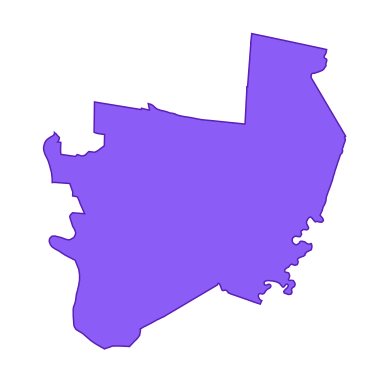 outline of C.A. Rosetti, Buzau, Romania, rotated 273°
{"feature_id": "2599482B61435890131280", "entity_name": "C.A. Rosetti", "entity_type": "district", "adm_level": 2, "iso_a3": "ROU", "parent_name": "Romania", "parent_adm1": "Buzau", "projection": "equal_earth", "projection_center": [27.145, 45.049], "detail": "fine", "context": "isolated", "style": "filled", "palette": "violet", "viewbox_px": 384, "rotation_deg": 273, "n_neighbors": 0, "source": "geoboundaries", "source_scale": "gbopen_adm2", "svg_char_len": 5940}
<svg xmlns="http://www.w3.org/2000/svg" viewBox="0 0 384 384"><g transform="rotate(273 192 192)"><path d="M255.8,342.5L312.9,304.7L313.2,304.9L315.3,305.0L316.1,305.2L316.6,305.9L316.9,306.4L317.0,308.1L317.3,308.8L317.5,309.1L318.1,310.9L318.9,312.8L319.7,314.4L320.0,315.2L320.7,316.3L321.1,316.7L321.8,317.3L323.1,318.0L324.5,319.0L325.2,319.2L326.2,319.0L327.2,318.9L329.5,319.6L330.4,319.7L331.6,319.5L331.8,319.2L332.7,317.4L333.4,316.9L334.3,316.9L335.0,317.1L336.2,317.8L338.1,318.6L339.5,318.8L341.3,319.0L345.1,295.6L353.3,243.4L343.4,242.8L343.3,243.0L299.9,242.0L299.9,241.3L299.9,241.2L299.3,241.3L296.5,241.4L262.8,241.4L262.6,241.2L264.2,209.9L264.7,198.3L265.2,194.0L266.2,187.3L266.4,185.3L267.1,178.5L267.8,174.5L268.7,171.6L268.9,171.5L269.6,168.6L269.7,166.6L269.8,165.7L270.1,164.9L270.9,162.2L271.8,157.6L271.7,157.1L273.2,152.3L276.4,148.3L276.9,147.4L277.2,146.9L278.0,143.7L271.7,145.3L271.5,144.8L273.0,137.3L271.7,136.9L271.8,136.6L271.7,136.6L271.7,136.4L276.8,89.9L246.5,91.1L245.9,92.9L245.4,95.3L245.1,98.4L244.9,101.7L233.6,102.0L228.2,95.6L226.8,93.2L226.6,92.2L227.0,87.5L227.0,86.9L226.5,86.3L223.8,84.0L223.9,83.9L222.9,83.1L222.9,82.5L222.1,80.1L223.4,75.7L223.3,75.4L223.2,75.2L221.4,73.8L222.7,59.2L224.5,58.8L228.2,58.5L234.7,58.4L235.0,55.3L235.4,55.7L237.5,56.5L238.9,56.7L239.5,56.7L240.9,55.1L243.0,53.2L243.5,52.3L244.2,51.5L242.6,51.5L241.2,50.6L238.9,47.1L236.9,44.6L235.5,43.5L234.1,42.7L231.4,41.9L229.2,41.5L227.8,41.5L225.5,41.9L222.0,43.2L218.5,45.2L215.5,46.8L212.0,48.1L204.4,50.6L198.0,51.7L194.1,51.9L194.4,53.8L194.1,69.5L185.8,72.9L181.8,73.0L181.2,77.7L180.9,78.0L176.6,80.1L174.4,81.0L164.7,85.9L165.0,73.8L162.6,71.7L161.4,71.3L160.4,71.3L151.4,74.7L149.1,76.3L145.4,78.0L143.2,77.7L140.5,76.5L138.4,73.3L137.9,72.3L137.7,70.5L138.4,67.8L139.6,64.0L140.9,57.3L140.5,54.5L139.1,53.0L137.4,52.1L135.1,52.0L132.3,53.2L130.3,54.6L128.1,58.0L126.4,61.7L122.4,68.5L117.7,78.9L109.0,82.9L103.8,84.0L98.2,84.3L92.8,83.7L86.6,82.6L85.4,82.2L83.6,81.9L77.1,81.4L74.8,80.9L70.9,79.7L68.7,79.5L62.0,79.9L56.8,80.5L53.2,81.0L51.6,81.4L50.6,82.0L48.9,83.2L48.0,84.5L45.1,90.1L38.4,98.7L36.5,101.7L34.8,104.7L31.0,112.3L30.7,112.7L31.8,115.1L32.2,116.5L33.8,120.2L34.1,121.2L34.1,122.5L34.3,125.1L34.5,131.2L34.4,133.5L34.5,136.0L34.4,136.7L34.4,137.8L34.8,137.9L36.1,139.1L39.9,142.3L42.4,144.7L43.8,145.7L45.8,147.0L46.2,147.2L50.4,147.7L50.8,147.8L51.1,147.8L52.6,147.4L53.3,148.8L54.4,150.2L55.2,151.7L59.4,158.9L62.9,164.4L63.0,164.8L66.9,171.8L67.5,172.5L100.6,222.3L101.4,222.5L102.0,222.8L102.2,223.0L102.2,223.4L102.1,223.8L100.6,224.9L95.8,227.0L95.5,227.3L95.3,227.6L95.2,228.1L95.3,228.7L95.8,230.4L95.6,231.2L95.3,231.7L94.0,233.1L93.1,233.6L93.3,234.0L92.9,234.6L92.3,235.9L88.9,247.7L88.5,249.1L88.1,250.2L87.8,251.6L85.3,259.8L83.6,266.0L87.2,267.4L87.6,266.2L88.2,265.3L89.8,264.3L91.4,263.7L91.8,263.7L93.3,263.9L94.2,265.1L94.1,266.0L93.8,267.4L94.1,268.7L94.8,269.5L95.5,270.0L96.4,270.3L98.3,271.8L99.0,272.6L100.0,274.4L100.6,275.0L101.5,275.6L102.3,275.7L102.9,275.5L103.1,275.4L103.7,274.6L103.9,273.9L103.7,272.6L103.0,271.6L102.8,270.9L102.9,269.9L103.2,269.4L103.8,269.0L104.8,268.8L105.7,268.9L106.5,269.4L107.1,270.5L107.5,272.1L107.6,273.0L107.4,275.5L107.4,276.8L107.3,277.8L106.6,281.4L106.2,282.4L105.5,283.9L104.7,284.8L102.0,287.3L101.9,287.4L101.8,288.2L102.0,288.7L104.7,290.7L105.1,291.4L104.8,292.3L104.5,292.7L103.9,292.9L103.0,293.0L102.1,292.5L101.0,291.8L100.5,291.3L99.9,290.6L98.3,289.3L97.2,288.8L96.1,289.3L95.6,290.1L95.6,290.7L95.5,291.2L94.8,293.1L94.7,293.8L94.9,294.9L95.1,295.9L95.5,296.5L96.4,296.9L97.2,297.1L98.6,296.8L99.5,296.5L100.1,296.5L101.0,296.9L101.7,297.4L102.8,299.0L103.5,299.5L105.4,299.8L106.1,299.6L107.3,299.0L108.7,298.0L109.0,297.0L109.0,294.9L108.8,294.1L108.8,293.5L109.4,292.9L109.8,292.9L111.9,293.7L113.0,293.9L114.0,293.8L114.9,293.5L116.3,292.6L116.6,291.7L116.7,290.3L116.9,289.2L117.6,288.8L118.4,288.7L119.4,288.8L120.7,290.1L121.4,291.0L122.0,292.4L123.8,293.5L124.5,294.1L125.0,294.9L125.2,295.2L124.4,297.7L124.2,298.8L124.6,299.6L124.7,300.5L125.3,300.8L125.6,301.2L126.2,301.4L127.1,301.6L128.1,301.6L129.9,300.9L130.5,301.0L131.1,301.4L132.0,302.7L132.7,304.1L133.7,306.6L134.7,308.0L135.1,308.2L136.4,308.1L136.6,308.2L136.7,308.5L136.8,308.6L136.9,308.8L138.1,309.8L138.5,310.3L139.1,311.6L139.7,312.4L140.1,313.3L140.6,314.1L141.2,314.3L142.2,314.4L143.0,314.6L143.7,314.6L144.3,314.6L145.8,314.2L146.6,313.9L146.8,313.6L146.8,313.4L146.1,312.2L146.0,311.6L146.1,310.8L146.5,309.7L146.9,308.9L148.0,307.5L148.2,306.9L148.2,306.5L148.4,305.9L148.6,304.3L148.5,303.2L148.0,302.4L147.0,301.9L146.4,301.5L145.0,299.8L144.8,299.1L144.9,297.7L145.4,296.8L145.8,296.5L146.1,295.9L147.6,294.8L150.5,294.6L151.2,294.8L151.6,295.3L151.9,295.7L153.0,296.7L153.2,297.1L153.3,297.6L153.2,298.6L153.0,300.2L153.1,300.9L152.9,301.3L152.9,302.0L153.0,302.2L153.9,302.9L155.3,303.6L155.8,303.6L156.8,303.2L157.8,303.0L158.9,303.0L159.1,303.1L159.2,303.8L159.9,304.4L160.3,305.2L160.4,306.3L160.3,306.7L160.3,307.7L160.2,308.5L160.4,309.0L160.9,309.7L161.2,310.0L162.0,310.3L162.6,310.3L166.2,308.2L166.8,308.0L168.1,308.0L168.9,308.1L170.3,308.7L171.5,309.4L172.7,310.3L173.1,311.5L173.1,311.9L172.8,312.6L171.8,313.6L170.1,315.0L169.1,316.2L168.7,316.5L168.6,317.0L169.1,317.9L169.2,319.0L168.7,320.3L168.7,320.9L168.6,321.8L168.6,322.9L168.9,323.6L170.0,324.5L170.6,324.7L171.0,324.6L172.4,324.0L175.6,321.1L180.4,323.0L182.7,323.5L183.6,323.6L187.3,325.4L190.1,326.2L193.2,326.3L194.6,326.6L200.8,328.4L202.4,329.0L207.1,330.4L211.3,331.6L215.7,332.5L218.0,333.2L220.7,333.7L223.4,334.5L229.4,336.1L233.1,337.2L236.2,338.0L237.4,338.5L238.4,339.5L238.8,339.7L239.7,340.1L241.1,340.3L242.1,339.9L243.0,339.9L245.8,340.8L247.4,341.1L249.5,341.8L251.8,342.4L252.3,342.4L253.0,342.1L254.0,342.0L254.4,341.8L254.7,341.4L254.9,341.4L255.2,341.5L255.8,342.5Z" fill="#8b5cf6" stroke="#5b21b6" stroke-width="1.5"/></g></svg>